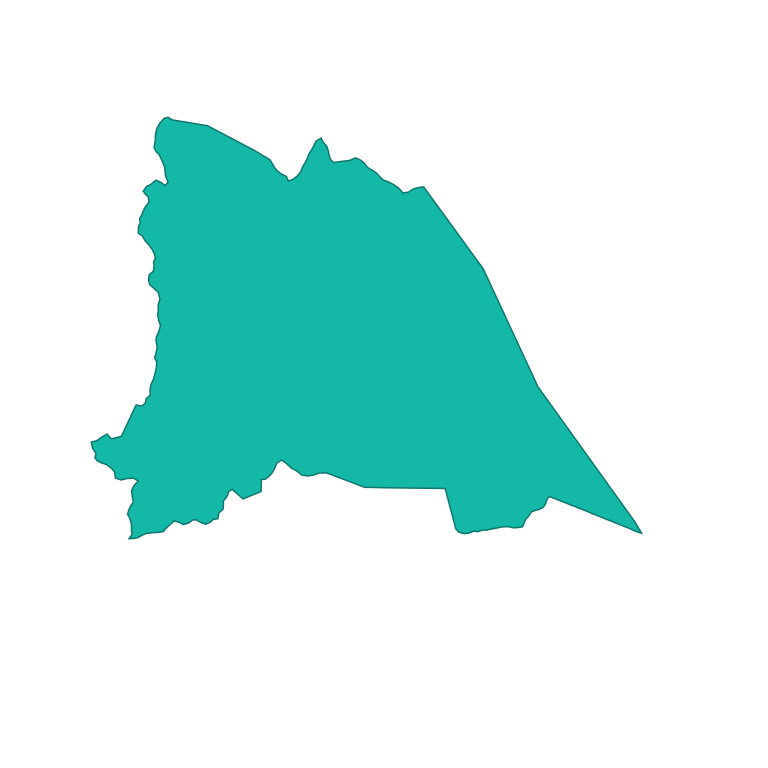 Santa Brígida, Bahia, Brazil (Albers equal-area conic projection), rotated 196°
{"feature_id": "56859067B14033654686733", "entity_name": "Santa Brígida", "entity_type": "district", "adm_level": 2, "iso_a3": "BRA", "parent_name": "Brazil", "parent_adm1": "Bahia", "projection": "albers", "projection_center": [-38.139, -9.755], "detail": "fine", "context": "isolated", "style": "filled", "palette": "teal", "viewbox_px": 768, "rotation_deg": 196, "n_neighbors": 0, "source": "geoboundaries", "source_scale": "gbopen_adm2", "svg_char_len": 3122}
<svg xmlns="http://www.w3.org/2000/svg" viewBox="0 0 768 768"><g transform="rotate(196 384 384)"><path d="M586.4,165.0L581.5,166.8L577.9,168.7L575.3,171.5L571.6,174.8L564.7,177.5L559.5,179.3L555.4,181.4L553.8,185.1L551.5,189.0L547.8,194.6L542.7,194.6L538.1,193.6L533.5,196.5L530.2,200.8L526.2,201.6L522.3,200.4L516.7,200.0L512.7,203.5L510.7,206.9L506.6,208.6L507.2,214.7L504.2,219.2L505.0,223.5L506.1,227.2L504.0,232.3L503.6,237.6L501.0,240.9L487.8,234.7L472.5,246.8L475.6,258.4L472.0,259.6L469.3,263.1L467.2,267.2L466.2,271.3L465.1,278.7L461.5,282.7L456.3,280.9L449.8,277.6L443.4,276.2L438.1,273.7L432.1,274.5L426.6,277.0L421.4,280.7L415.3,282.6L410.5,282.4L374.2,279.3L370.3,280.4L355.4,284.3L332.3,290.6L308.9,297.0L296.4,300.4L275.1,264.6L271.2,262.2L265.8,262.2L261.2,264.1L257.1,267.3L252.7,268.1L249.6,270.5L245.2,271.8L241.6,273.8L236.9,276.1L231.3,279.1L225.3,281.1L220.0,281.4L215.8,282.9L211.4,284.9L211.0,289.0L210.4,293.1L208.5,296.8L207.1,301.7L203.2,304.5L199.9,306.6L196.9,309.4L195.6,313.2L195.6,317.8L194.1,321.5L190.1,321.1L186.2,320.7L181.7,320.3L175.7,319.7L170.4,319.1L166.6,318.9L162.8,318.3L159.0,318.1L154.8,317.7L149.7,317.0L144.5,316.5L138.5,315.9L131.8,315.1L126.8,314.7L123.1,314.2L117.9,313.8L112.6,313.2L108.6,312.8L104.6,312.2L100.4,311.7L95.3,311.6L104.9,320.7L119.5,332.2L201.3,396.9L235.2,423.7L320.3,522.0L400.2,584.4L404.1,582.8L409.3,579.8L413.4,575.1L418.6,573.0L424.3,576.6L430.1,578.4L435.6,579.5L440.5,579.8L444.6,581.7L449.1,584.6L454.4,586.4L459.3,587.5L463.7,590.7L468.0,592.7L473.6,593.6L478.6,589.5L493.5,583.1L497.2,585.0L499.6,588.4L501.8,592.6L504.4,596.6L509.3,599.7L512.2,603.0L516.2,598.9L517.1,593.4L518.0,589.5L519.5,584.8L519.9,579.4L520.9,574.8L522.1,570.4L522.5,565.2L524.6,560.2L528.0,555.5L532.0,552.7L535.0,556.6L540.0,557.4L545.0,559.3L548.3,561.4L552.0,564.9L555.2,568.0L572.5,572.7L624.9,583.6L660.3,579.5L665.1,580.9L668.7,578.7L671.4,572.8L672.6,567.7L672.7,563.8L672.2,559.6L670.9,554.6L670.2,547.8L666.8,544.3L663.5,542.7L659.1,537.6L654.7,532.2L653.1,528.1L651.3,523.7L647.2,518.6L649.1,514.4L653.9,516.3L659.3,517.1L663.1,511.7L666.6,508.6L668.6,503.1L665.6,500.6L662.2,498.9L660.0,494.0L662.1,489.0L663.0,484.7L663.4,480.0L664.5,475.8L662.8,471.5L663.4,467.6L661.8,461.3L657.1,459.7L653.3,456.0L648.1,452.7L643.8,449.3L640.8,446.0L638.4,441.9L639.2,437.6L637.6,434.3L636.8,428.8L639.8,424.5L639.0,419.2L636.6,414.9L630.8,412.2L626.1,409.6L622.7,403.7L622.9,398.1L621.3,392.4L620.4,387.7L618.2,383.2L614.9,378.5L615.0,372.5L615.8,365.5L614.4,361.3L612.1,356.8L611.7,351.3L611.7,346.0L608.4,342.3L607.2,336.2L607.0,330.0L607.0,324.5L607.8,319.6L607.4,314.3L605.6,308.8L608.6,304.4L608.0,300.4L610.6,296.1L616.5,295.5L622.0,261.3L630.9,256.1L636.4,259.5L640.3,255.6L644.5,250.3L649.4,247.4L646.3,241.7L641.7,237.8L641.5,233.4L638.5,231.1L634.1,230.3L628.7,230.1L622.7,227.8L618.7,225.2L616.3,219.6L610.2,219.3L604.8,222.4L598.6,224.5L593.5,222.9L596.1,218.0L597.3,212.0L595.1,206.7L592.5,201.6L594.0,196.5L594.6,192.4L594.6,188.2L591.1,184.6L588.1,179.5L586.5,174.0L584.7,170.1L586.4,165.0Z" fill="#14b8a6" stroke="#0f766e" stroke-width="1.5"/></g></svg>